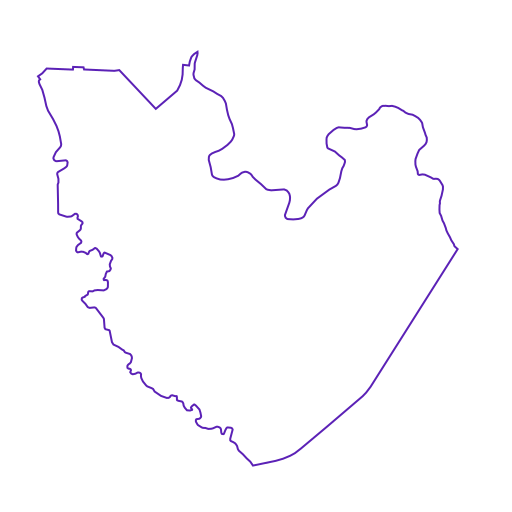 Moonee Valley, Victoria, Australia (Robinson projection), rotated 175°
{"feature_id": "25037944B9436355571028", "entity_name": "Moonee Valley", "entity_type": "district", "adm_level": 2, "iso_a3": "AUS", "parent_name": "Australia", "parent_adm1": "Victoria", "projection": "robinson", "projection_center": [144.901, -37.749], "detail": "fine", "context": "isolated", "style": "outline", "palette": "violet", "viewbox_px": 512, "rotation_deg": 175, "n_neighbors": 0, "source": "geoboundaries", "source_scale": "gbopen_adm2", "svg_char_len": 6053}
<svg xmlns="http://www.w3.org/2000/svg" viewBox="0 0 512 512"><g transform="rotate(175 256 256)"><path d="M76.9,363.8L78.5,369.7L78.9,373.9L79.2,374.7L80.6,377.2L82.4,379.4L85.2,381.5L87.7,383.1L91.7,384.2L93.9,385.4L94.8,386.0L96.6,387.8L97.5,388.2L101.4,391.1L104.3,392.6L107.4,393.7L110.6,393.7L113.6,394.3L116.6,394.5L117.7,394.2L119.2,393.3L120.0,392.4L120.4,391.6L124.0,388.5L126.3,386.9L131.4,384.3L133.2,382.7L134.2,380.8L134.2,379.5L133.9,376.9L134.0,376.3L134.7,375.2L135.8,374.6L140.2,373.7L144.8,373.5L147.1,373.9L151.5,375.5L156.7,376.0L162.5,377.0L164.5,376.5L167.8,374.8L173.0,371.0L174.4,369.3L175.3,367.7L175.6,366.0L175.9,361.9L175.5,357.9L175.2,357.3L174.8,356.9L168.3,353.2L164.4,349.0L161.9,346.8L159.5,344.3L159.2,344.0L159.1,342.8L159.2,341.8L159.9,340.1L160.9,338.0L162.4,335.9L163.6,333.0L165.6,326.2L167.5,321.8L168.7,320.1L170.3,318.9L177.1,315.8L190.3,307.8L200.1,299.0L201.3,297.3L204.1,292.1L205.0,291.0L206.3,290.2L207.9,289.6L210.5,289.2L215.7,289.2L221.1,290.0L221.7,290.2L223.1,291.5L223.6,293.1L223.6,294.3L218.2,306.1L217.4,308.5L217.0,311.1L217.0,312.8L217.4,315.1L218.3,316.8L219.7,318.6L222.2,319.9L235.1,320.1L238.6,321.0L240.0,321.7L244.7,327.1L249.9,332.2L252.4,335.2L253.3,337.0L254.4,338.4L256.8,340.1L258.0,340.6L259.6,340.9L262.5,340.3L264.1,339.4L266.7,337.5L272.0,335.7L277.1,334.9L281.3,334.8L285.0,335.3L288.6,336.8L291.0,338.2L291.9,339.1L292.5,340.0L292.8,341.1L293.4,348.4L294.7,355.8L294.3,358.7L293.9,359.7L293.2,360.6L291.0,362.0L287.5,363.2L283.9,364.1L280.3,365.7L274.8,369.1L271.3,372.0L269.6,373.9L267.7,377.2L267.2,378.5L267.1,379.5L267.8,385.5L268.5,389.5L270.4,394.8L271.4,398.7L272.2,404.3L272.7,410.5L273.5,413.0L275.1,416.4L276.8,418.4L280.6,420.9L284.2,423.7L291.4,428.0L294.0,430.3L297.3,433.7L300.6,436.4L301.9,438.2L302.5,442.0L302.3,443.6L300.9,447.2L300.3,453.0L299.9,454.3L297.0,461.2L296.5,463.2L296.5,464.5L300.0,462.6L302.0,460.9L303.1,459.7L305.0,455.5L306.1,451.6L312.0,452.8L312.5,450.0L313.3,443.2L314.6,438.0L316.8,432.9L320.1,427.6L343.0,411.3L376.0,453.1L380.9,452.8L411.0,456.8L411.4,459.0L421.7,460.3L422.1,457.7L422.5,457.7L448.2,461.0L453.0,456.6L457.5,454.0L455.6,450.8L456.8,449.9L457.1,449.0L457.1,447.9L456.7,446.1L454.4,440.1L452.9,432.1L451.8,423.7L450.5,418.9L446.2,410.0L443.4,402.9L441.9,397.5L441.0,392.3L440.3,384.4L440.7,382.7L441.6,381.4L446.3,376.9L448.9,372.4L449.2,371.6L449.3,370.7L448.6,369.0L447.2,368.0L446.2,367.8L437.1,367.9L436.0,367.1L435.5,365.8L436.1,363.0L436.5,362.1L437.3,361.3L439.4,360.0L445.9,356.9L446.6,356.1L446.8,355.5L446.9,354.8L446.1,350.1L446.4,346.4L447.3,344.5L447.4,343.4L448.6,325.3L449.3,316.9L449.2,315.6L448.3,314.6L441.7,311.8L440.7,311.5L436.9,311.5L435.8,311.9L432.7,313.8L431.3,313.7L430.7,313.3L430.0,312.2L430.0,310.9L430.5,309.8L430.5,308.6L426.7,305.7L426.0,304.9L425.9,304.2L426.0,303.5L427.4,302.0L427.8,301.3L428.1,298.6L428.5,297.7L429.2,297.0L432.3,294.9L432.7,294.3L432.8,293.1L431.9,290.6L430.9,288.9L428.9,286.6L428.7,285.6L429.1,284.4L432.4,282.4L434.0,280.7L434.4,279.6L434.8,277.0L434.1,275.7L433.4,275.2L432.9,275.2L429.8,275.6L427.7,275.2L425.3,273.9L424.2,272.7L423.6,272.5L422.8,272.9L422.2,274.3L421.3,275.5L418.3,276.4L415.9,277.9L415.5,278.0L414.1,277.2L412.0,274.3L411.3,272.8L410.5,269.1L409.6,268.8L408.9,269.1L407.6,271.8L406.9,272.5L406.5,272.6L400.9,269.6L399.9,268.5L399.2,266.6L399.5,265.4L400.8,263.9L402.4,260.5L402.4,258.2L401.7,256.4L402.1,255.2L403.1,254.0L403.5,253.7L405.9,253.5L407.2,251.2L408.0,248.5L409.8,246.5L409.7,245.5L409.5,245.2L407.7,245.2L406.8,244.9L406.2,244.5L405.9,243.8L405.8,242.4L406.2,238.6L406.4,237.7L407.0,236.8L408.0,236.0L410.7,235.0L416.6,235.9L419.9,235.8L421.8,235.0L425.3,235.5L425.9,235.2L426.3,234.7L426.8,232.7L427.1,232.2L429.7,231.0L430.1,230.3L432.4,229.7L433.1,229.2L433.4,228.2L433.4,227.5L432.8,226.4L430.1,223.2L428.1,219.8L427.5,219.4L426.2,218.8L421.5,218.9L420.3,218.4L419.8,217.8L413.7,208.1L413.1,207.0L413.0,206.1L413.1,197.7L412.4,196.2L408.7,194.9L408.3,194.3L407.0,182.7L405.7,180.2L400.9,177.4L397.2,174.2L396.1,173.6L395.0,171.6L394.1,171.0L390.0,169.3L388.9,167.8L388.5,166.3L388.5,165.0L389.9,161.1L391.1,159.9L392.3,159.3L393.2,158.5L393.7,157.7L393.8,156.9L393.8,155.8L392.9,154.9L391.7,154.7L390.9,154.2L390.6,153.6L390.5,153.1L391.4,151.2L390.6,149.8L389.3,149.0L388.2,149.0L386.2,149.3L384.2,150.2L383.2,150.2L382.1,149.9L381.3,149.3L380.8,148.3L381.1,146.4L380.9,144.4L379.6,140.9L376.7,136.6L375.7,135.6L371.4,133.4L370.1,132.5L368.8,129.8L362.8,124.9L357.3,122.4L355.4,122.3L354.1,123.0L353.2,124.2L351.7,124.6L348.9,123.5L347.3,123.3L347.1,122.4L347.3,119.5L346.9,119.0L345.6,118.4L342.5,117.5L341.8,116.7L341.3,115.5L341.1,113.2L340.2,111.1L338.2,108.3L335.2,107.8L333.1,108.3L333.0,108.7L333.9,110.1L334.0,110.7L333.4,111.5L332.6,112.2L330.6,113.5L330.2,113.4L328.9,112.2L325.7,108.0L325.0,104.8L324.6,101.3L324.8,100.4L325.8,99.3L326.7,98.8L329.6,98.6L330.2,97.8L330.3,96.2L329.1,93.5L328.5,92.6L324.9,89.9L323.7,89.4L321.4,89.1L318.6,87.9L315.5,87.8L313.8,88.1L310.7,89.2L309.8,89.4L308.9,89.2L307.2,88.4L306.3,87.4L306.0,86.2L306.0,83.4L305.7,82.1L305.4,81.7L304.6,81.5L303.8,81.4L303.4,81.8L301.7,85.2L300.6,86.9L299.8,87.6L299.3,87.7L296.0,87.1L294.8,86.3L294.4,85.1L297.6,76.2L297.7,74.6L297.1,73.8L295.1,72.7L293.3,71.4L292.3,70.1L291.4,68.3L290.9,65.3L290.1,63.6L286.3,59.6L282.9,55.2L279.6,51.6L277.3,47.5L254.3,50.2L246.7,51.7L239.4,54.0L234.4,56.2L228.0,60.3L200.0,79.9L162.0,107.0L158.2,110.3L153.3,115.7L54.5,245.3L57.2,248.2L57.6,248.9L57.8,250.4L60.1,254.7L61.1,257.7L63.0,261.9L64.1,264.9L64.5,267.3L65.9,272.3L67.1,275.0L68.1,279.9L69.3,282.8L69.2,286.4L68.7,290.8L68.2,292.2L68.1,294.4L67.8,295.4L65.9,299.9L64.0,306.0L63.7,308.8L64.0,310.3L66.3,314.9L66.9,315.8L68.2,316.9L70.1,317.3L71.8,317.3L72.8,317.5L75.0,319.1L80.7,322.3L83.1,322.8L86.4,322.5L87.3,323.1L87.6,323.7L87.6,326.3L88.9,331.0L89.2,333.2L89.0,336.6L88.6,338.7L86.2,343.9L84.5,346.9L84.1,347.5L79.0,351.2L77.3,352.8L76.2,354.6L75.7,356.6L75.6,359.1L76.6,362.1L76.9,363.8Z" fill="none" stroke="#5b21b6" stroke-width="2"/></g></svg>